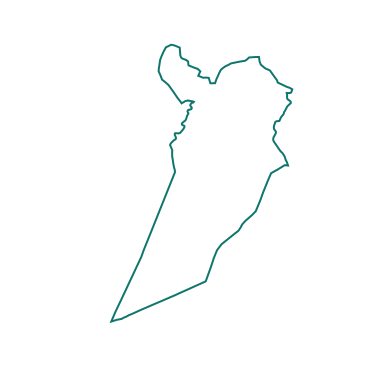 the district of Balad, Sala ad-Din, Iraq, rotated 292°
{"feature_id": "34846034B72296099204368", "entity_name": "Balad", "entity_type": "district", "adm_level": 2, "iso_a3": "IRQ", "parent_name": "Iraq", "parent_adm1": "Sala ad-Din", "projection": "natural_earth1", "projection_center": [44.1, 33.939], "detail": "fine", "context": "isolated", "style": "outline", "palette": "teal", "viewbox_px": 384, "rotation_deg": 292, "n_neighbors": 0, "source": "geoboundaries", "source_scale": "gbopen_adm2", "svg_char_len": 3067}
<svg xmlns="http://www.w3.org/2000/svg" viewBox="0 0 384 384"><g transform="rotate(292 192 192)"><path d="M252.5,271.1L254.3,269.6L255.6,268.4L256.7,267.0L258.8,265.3L259.8,264.4L260.2,263.8L260.8,263.0L262.0,261.3L262.8,259.2L263.7,257.6L265.7,254.6L267.4,252.1L269.0,249.6L270.6,247.8L272.9,247.1L274.4,247.3L276.5,247.5L277.8,247.7L279.2,247.3L280.2,246.0L281.0,244.6L282.2,243.8L283.8,243.3L285.6,243.2L287.0,243.1L287.9,243.0L289.0,243.6L289.7,244.6L290.6,246.4L293.0,246.5L294.4,246.5L295.9,246.9L298.1,247.7L299.8,247.6L300.8,247.5L301.6,247.7L302.7,247.9L303.9,248.0L306.2,248.2L307.2,248.3L311.4,250.3L312.6,249.8L313.1,248.9L313.8,245.9L314.7,245.0L316.1,244.4L317.3,244.0L319.3,242.7L320.3,245.6L321.5,246.7L324.8,246.5L325.2,243.4L325.0,240.6L325.3,235.6L325.6,230.5L326.9,229.4L327.5,228.9L330.4,224.2L333.4,219.5L333.9,218.7L334.0,215.8L334.0,214.1L334.5,212.1L335.3,209.8L335.9,208.0L336.6,207.4L338.3,205.8L342.3,203.5L340.7,199.8L338.4,195.1L338.1,194.5L335.4,193.3L333.5,192.0L332.2,189.8L330.8,187.5L329.1,184.9L326.8,181.4L325.9,180.1L323.0,177.7L321.1,175.9L318.1,174.0L316.1,173.0L312.1,172.6L310.4,172.6L305.7,172.4L301.5,172.6L299.7,168.3L304.1,164.8L303.4,162.3L302.1,159.5L302.1,154.3L307.0,154.5L308.3,151.1L308.1,148.2L308.1,144.9L308.1,141.4L309.4,140.6L310.6,140.0L311.6,139.4L312.2,137.1L312.1,133.3L312.5,131.6L314.3,130.0L320.5,126.9L321.3,126.5L321.3,123.4L321.3,120.7L320.9,118.3L320.6,117.3L318.6,115.7L316.4,113.6L310.7,113.0L306.1,112.9L302.4,113.0L297.9,114.1L294.4,114.9L292.4,115.5L291.5,115.8L287.9,119.5L285.2,121.9L285.0,122.1L283.8,126.1L282.4,130.1L278.0,137.1L273.9,143.2L271.2,147.9L270.3,149.1L273.7,151.7L275.3,153.9L275.7,156.0L276.3,158.8L276.3,159.9L275.3,159.6L274.7,158.5L274.3,158.2L273.3,158.0L272.9,157.8L272.0,157.8L271.3,158.3L270.7,159.1L270.0,160.3L269.1,160.3L268.5,160.3L267.9,159.4L267.3,158.9L267.0,158.1L266.3,157.6L265.1,157.6L264.3,158.3L263.6,159.2L262.1,159.1L260.5,158.9L258.0,159.2L255.9,159.1L254.9,158.5L254.4,158.2L252.9,157.4L252.0,157.0L251.3,157.0L251.0,157.3L250.7,157.6L250.6,157.8L250.4,158.5L250.6,159.4L250.3,160.3L249.1,160.7L247.3,160.4L246.0,160.1L242.4,158.9L241.6,157.9L241.2,157.4L240.5,155.0L240.1,154.3L239.2,154.3L238.8,154.5L238.4,154.7L237.2,156.0L236.2,156.9L234.7,157.0L233.5,156.0L231.8,155.2L230.7,154.7L229.8,154.4L229.1,154.1L227.3,154.1L225.9,155.5L223.3,158.1L222.2,158.4L219.7,159.4L217.5,160.3L215.5,161.6L213.6,162.7L210.4,164.6L207.6,166.5L206.1,167.7L204.0,168.8L200.6,168.8L138.8,169.0L120.5,169.0L112.8,169.3L63.2,166.6L52.6,165.9L41.7,165.7L45.4,170.3L48.0,174.3L49.8,175.7L52.1,178.0L54.4,179.8L55.8,181.4L64.2,189.4L74.2,199.3L80.6,205.7L86.5,211.5L89.8,214.8L92.7,217.5L104.8,229.1L114.3,238.2L130.0,237.6L133.2,237.4L138.6,237.0L143.4,237.0L147.4,237.0L153.0,238.5L154.5,238.9L158.3,241.0L169.6,247.3L173.3,249.5L176.8,250.3L180.8,250.7L185.0,252.2L193.3,256.4L197.3,258.0L197.9,258.3L204.9,258.4L211.2,258.4L218.1,258.1L231.2,258.1L239.1,258.3L244.9,263.0L251.6,267.9L252.5,271.1L252.5,271.1Z" fill="none" stroke="#0f766e" stroke-width="2"/></g></svg>